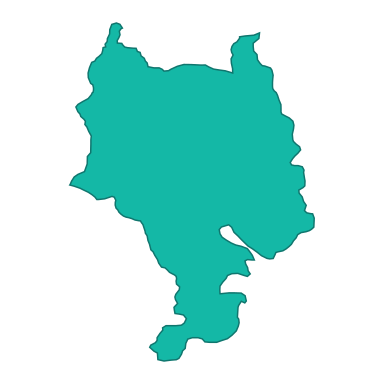 the district of Aradippou, Larnaca, Cyprus
{"feature_id": "46923920B78088096679659", "entity_name": "Aradippou", "entity_type": "district", "adm_level": 2, "iso_a3": "CYP", "parent_name": "Cyprus", "parent_adm1": "Larnaca", "projection": "albers", "projection_center": [33.576, 34.95], "detail": "fine", "context": "isolated", "style": "filled", "palette": "teal", "viewbox_px": 384, "rotation_deg": 0, "n_neighbors": 0, "source": "geoboundaries", "source_scale": "gbopen_adm2", "svg_char_len": 4020}
<svg xmlns="http://www.w3.org/2000/svg" viewBox="0 0 384 384"><path d="M69.8,185.0L74.2,186.2L80.0,188.2L83.8,190.1L88.4,192.3L92.2,194.8L95.0,197.1L96.8,199.5L98.5,199.5L104.7,198.8L112.0,196.4L114.3,197.2L115.8,200.3L115.3,202.3L115.2,205.1L116.1,208.2L117.8,209.9L118.9,212.1L120.8,214.0L123.4,216.0L126.0,217.1L128.9,217.7L131.8,218.6L135.0,220.0L138.6,220.7L140.5,220.9L141.3,222.4L142.9,224.5L144.3,228.7L145.1,231.2L145.4,233.2L147.1,235.7L148.0,240.5L149.5,244.2L150.0,246.2L150.9,249.8L153.1,251.8L154.8,255.3L157.5,259.6L158.7,263.1L161.5,267.1L165.1,267.9L167.3,269.9L169.5,272.3L172.1,273.7L174.5,274.9L176.2,276.4L176.6,278.8L176.1,281.1L176.5,284.1L179.6,286.8L179.3,289.7L175.8,294.3L174.9,297.0L175.5,299.6L177.6,303.4L174.0,307.3L174.4,310.4L175.0,313.5L179.4,314.1L183.5,315.0L186.4,318.7L184.3,323.0L181.4,325.2L175.7,325.7L168.8,325.7L166.0,325.7L162.6,327.8L162.8,330.1L160.0,333.4L157.1,337.7L157.1,340.4L155.4,342.7L150.8,345.1L150.2,346.3L149.7,347.3L154.0,351.2L157.4,353.0L157.9,359.6L164.0,361.0L171.1,360.1L176.3,359.7L178.9,358.4L181.5,354.2L182.6,350.8L185.2,348.4L185.8,343.4L187.8,339.1L192.3,337.7L198.1,337.7L202.3,338.9L204.9,341.9L209.6,342.3L216.7,342.3L221.2,340.7L225.8,339.2L227.4,338.7L231.9,335.3L236.3,330.9L238.3,326.1L239.1,322.8L238.7,319.1L237.4,317.3L237.7,312.3L238.0,307.4L238.6,305.5L241.3,301.3L244.8,302.9L246.3,301.0L245.1,295.7L241.2,293.1L234.5,292.9L229.0,292.9L224.7,293.3L221.0,293.7L220.0,293.7L219.8,289.8L220.0,286.1L222.7,282.2L226.1,278.4L227.5,275.5L231.8,273.7L237.1,273.4L237.9,273.4L243.9,275.4L247.4,276.4L250.2,273.9L248.1,270.8L247.6,267.6L245.7,264.0L245.0,260.9L247.4,259.6L252.2,260.0L254.3,260.0L252.3,255.3L249.9,251.9L247.3,248.6L241.2,246.3L235.7,245.0L231.2,243.0L226.3,240.1L222.1,237.2L220.0,233.8L219.2,229.6L221.4,227.0L228.7,224.8L231.7,227.3L234.0,232.3L238.1,236.1L241.3,239.5L245.7,243.8L248.2,246.2L252.3,248.7L257.4,252.4L261.5,255.7L267.0,258.4L269.8,258.9L273.2,258.5L275.0,254.7L275.9,252.5L277.7,251.9L282.9,250.8L286.1,248.9L289.3,246.3L291.4,244.3L293.5,240.8L296.1,237.9L297.7,234.6L301.1,232.6L306.1,231.7L309.4,230.6L311.5,229.3L313.8,227.2L314.1,220.9L314.2,218.1L312.6,213.8L312.0,213.8L309.8,213.5L306.7,212.8L304.5,210.6L306.2,205.3L303.6,201.5L302.2,196.9L299.1,193.1L298.8,190.1L303.0,187.6L304.8,185.9L305.0,181.0L304.5,178.3L303.6,172.5L304.0,170.1L302.3,166.8L298.1,165.6L294.5,165.6L291.5,164.9L290.2,162.5L292.7,158.6L294.8,156.1L297.9,153.2L299.9,150.7L300.6,149.9L299.6,146.8L296.1,144.1L293.4,141.4L292.8,139.7L292.3,134.3L293.5,128.9L293.9,125.2L292.9,121.2L289.2,117.9L285.4,116.0L281.7,114.0L281.0,112.0L281.0,108.5L280.9,104.6L279.0,100.0L277.5,95.3L276.2,92.6L274.1,90.8L272.7,88.5L272.5,86.2L272.5,82.4L272.7,79.2L273.1,75.2L271.9,70.2L270.5,68.0L264.7,66.0L262.3,65.7L260.2,63.6L257.5,59.8L257.0,54.6L253.7,51.1L253.2,46.5L253.2,43.2L258.9,38.5L259.5,32.9L253.9,35.2L244.9,36.0L239.6,36.8L239.6,38.2L236.9,41.9L233.8,43.7L232.0,46.4L231.1,49.6L231.7,52.4L233.1,55.0L231.1,58.9L231.4,63.2L232.6,68.7L232.7,73.0L225.2,70.8L219.3,70.0L213.6,69.1L208.7,66.9L205.4,65.0L201.3,65.1L190.8,64.6L183.9,64.5L177.3,66.3L171.0,69.2L168.5,70.7L164.0,71.1L162.2,69.3L159.2,67.9L154.0,67.9L148.0,66.7L147.2,63.0L145.3,61.0L144.3,58.3L141.1,55.9L140.1,52.4L137.4,51.5L136.1,48.3L133.1,48.2L127.6,47.7L124.6,47.0L122.5,44.6L121.8,43.4L117.4,43.1L117.2,40.6L118.8,37.8L120.0,34.8L119.3,31.2L121.0,28.8L122.4,28.1L119.9,24.3L116.4,23.0L111.8,24.4L109.8,29.6L109.6,34.0L107.4,38.6L107.2,41.5L105.1,44.2L105.7,46.9L103.1,47.6L102.7,50.5L101.8,53.7L99.0,56.4L96.5,58.3L94.8,61.1L91.7,62.4L89.5,67.7L88.1,73.0L88.3,77.7L90.7,83.4L92.8,84.8L93.5,87.8L93.5,90.2L93.0,92.4L92.3,92.7L91.4,94.7L88.2,98.6L82.5,101.7L78.0,104.4L75.9,107.0L77.9,111.7L80.0,114.1L80.8,116.5L84.0,119.3L85.4,121.3L84.9,124.5L86.9,127.0L88.8,131.5L91.3,136.0L90.9,139.8L90.9,144.0L90.8,148.2L90.7,152.7L87.4,156.5L87.2,164.0L84.5,171.6L77.9,174.4L74.2,177.0L71.6,181.1L70.2,184.4L69.8,185.0Z" fill="#14b8a6" stroke="#0f766e" stroke-width="1.5"/></svg>